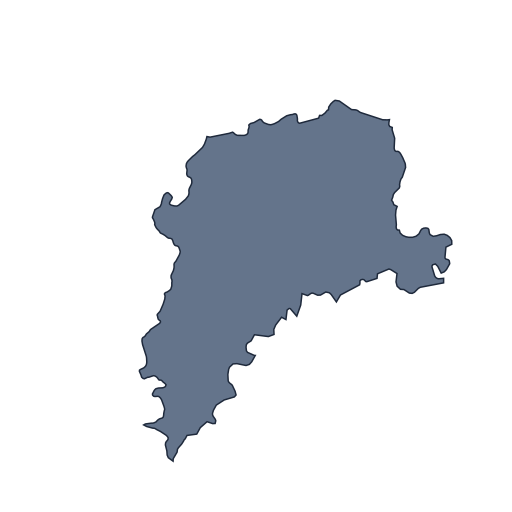 Badajoz, Robinson projection, rotated 147°
{"feature_id": "ESP-5807", "entity_name": "Badajoz", "entity_type": "Autonomous Community", "adm_level": 1, "iso_a3": "ESP", "parent_name": "Spain", "parent_adm1": "", "projection": "robinson", "projection_center": [-5.947, 38.694], "detail": "fine", "context": "isolated", "style": "filled", "palette": "slate", "viewbox_px": 512, "rotation_deg": 147, "n_neighbors": 0, "source": "natural_earth", "source_scale": "10m", "svg_char_len": 5920}
<svg xmlns="http://www.w3.org/2000/svg" viewBox="0 0 512 512"><g transform="rotate(147 256 256)"><path d="M82.2,268.9L81.7,267.6L80.9,267.0L80.0,266.5L79.4,265.4L79.1,264.1L79.1,262.4L79.4,258.6L80.4,252.8L80.8,251.6L82.0,249.4L82.3,248.8L88.4,244.0L90.4,242.4L92.5,241.6L94.8,239.8L96.7,237.7L97.5,236.1L98.8,235.0L105.2,233.7L107.4,232.7L109.1,231.0L110.8,229.7L111.9,229.0L111.8,226.6L112.5,224.0L110.6,220.7L113.6,218.3L116.7,214.3L121.3,205.7L122.7,204.0L123.4,202.3L123.2,200.8L121.7,199.6L122.6,196.8L121.8,193.5L119.8,190.5L117.6,188.4L114.5,186.4L110.9,185.4L107.3,185.8L104.0,187.7L102.3,188.3L100.2,188.0L98.2,187.0L96.8,185.6L96.6,184.2L98.1,180.9L98.4,179.2L96.7,176.0L93.5,174.6L89.7,173.6L86.3,171.8L84.4,169.2L83.3,165.8L83.5,162.3L85.4,159.2L91.9,160.0L98.3,151.9L98.6,151.1L98.4,150.0L96.9,148.3L96.5,147.0L96.7,146.4L97.5,144.5L97.8,144.0L103.7,140.9L106.7,140.2L110.0,140.8L109.2,148.4L109.9,151.6L112.6,152.4L113.8,151.8L114.4,150.8L117.0,141.9L117.0,140.5L116.7,139.4L116.1,138.3L115.2,137.4L110.8,135.1L113.3,131.3L135.3,140.3L137.6,140.4L142.9,139.3L145.4,139.6L147.6,141.4L150.2,147.3L153.0,149.4L154.1,153.8L152.7,158.0L147.3,164.5L150.4,171.2L151.6,172.7L163.8,174.9L166.7,171.3L177.0,174.1L177.7,174.6L177.9,175.1L178.2,176.7L178.4,177.4L179.0,178.0L179.6,178.5L181.1,178.9L182.4,178.5L183.8,176.4L184.8,175.4L206.4,177.3L213.6,173.7L213.9,182.8L214.5,185.2L217.1,187.8L223.2,188.1L225.7,189.6L228.2,193.5L229.2,194.4L230.4,194.7L233.6,194.6L234.4,194.8L237.9,199.4L245.2,190.5L254.6,183.3L255.9,193.1L256.3,193.6L257.1,194.0L259.4,193.7L265.5,186.4L267.9,190.7L277.1,187.4L281.1,184.7L283.6,180.4L289.5,181.7L300.2,190.8L306.3,187.5L310.6,187.6L312.4,186.9L314.0,185.0L315.7,181.6L315.6,179.8L311.6,173.6L310.8,173.0L317.2,169.6L320.6,168.7L324.0,169.6L330.6,176.1L334.0,178.0L338.7,177.2L340.6,175.9L344.1,172.0L347.4,166.3L347.5,164.9L347.3,163.8L346.5,161.6L346.3,160.5L347.2,154.0L348.4,150.3L350.9,149.6L361.1,152.6L370.5,152.6L375.7,149.8L378.2,147.7L379.0,146.3L379.2,144.7L379.1,141.2L379.5,139.7L381.5,137.8L383.6,139.0L387.3,143.7L396.2,142.4L402.7,138.9L411.6,143.1L415.0,141.2L415.7,141.1L416.7,140.8L417.6,140.2L420.7,138.8L425.6,137.4L427.1,136.7L429.0,134.5L435.8,131.1L437.3,129.1L439.4,134.6L438.9,137.5L436.9,141.1L434.9,146.9L433.6,148.5L432.2,149.3L430.8,149.6L429.6,150.2L428.6,151.5L428.7,153.3L429.0,154.7L431.7,160.9L434.1,165.0L434.3,165.7L435.0,166.8L436.6,168.1L440.6,172.6L442.2,175.5L440.4,175.4L439.8,175.2L435.0,172.9L433.9,172.2L432.7,171.7L430.3,171.3L427.9,171.9L426.6,172.0L425.3,171.9L422.9,171.2L421.8,171.3L420.9,172.0L420.0,173.0L419.2,174.1L417.3,176.1L416.3,176.9L415.7,178.0L415.1,179.9L413.5,186.9L413.5,189.2L414.0,191.0L414.9,191.9L417.3,193.2L418.2,194.1L418.5,195.6L418.0,196.7L414.7,198.6L413.5,199.0L412.2,199.2L409.7,198.4L406.3,196.4L405.1,196.0L403.8,195.8L402.7,196.1L401.6,197.0L401.7,198.1L402.0,199.4L402.5,200.6L402.7,201.9L403.0,203.1L403.6,203.9L404.3,204.4L404.8,204.7L404.8,204.8L405.0,206.1L405.0,207.2L405.2,208.5L405.7,209.7L406.3,210.7L407.2,211.5L411.9,212.7L412.8,213.3L416.5,213.8L417.4,214.8L417.9,216.7L417.2,219.1L416.6,222.8L415.9,223.7L414.9,223.8L411.0,223.3L409.7,223.5L408.5,223.8L407.4,224.4L406.4,225.3L405.4,226.5L403.3,230.1L402.6,231.7L399.4,243.4L398.0,246.7L396.7,248.5L395.8,249.0L395.1,249.2L394.1,249.1L392.5,249.3L390.4,250.3L386.7,250.8L384.5,251.8L373.5,252.0L372.0,252.7L371.6,253.7L372.1,254.9L372.4,256.2L371.9,257.9L371.4,259.0L371.2,260.0L370.6,260.8L366.5,261.9L360.2,266.1L355.8,269.7L355.1,270.7L354.5,271.3L354.1,272.0L353.7,272.8L353.7,273.5L353.2,274.3L352.6,274.5L351.8,274.6L350.1,274.2L347.3,274.2L345.5,274.6L343.1,276.6L342.4,277.5L341.2,279.4L340.3,280.4L339.8,281.3L339.4,282.2L339.3,283.3L338.8,284.5L337.7,286.0L333.5,288.6L333.4,288.6L331.4,290.5L330.6,291.5L329.2,293.8L328.2,294.6L325.9,295.3L319.8,298.6L318.0,300.0L317.0,301.2L316.1,304.7L316.0,305.6L316.1,306.4L316.5,307.2L317.8,308.5L318.2,309.2L318.3,310.1L318.3,311.0L317.9,312.8L317.6,313.6L317.3,315.3L317.3,316.1L317.7,316.8L318.3,317.5L319.0,318.1L319.7,318.7L320.1,319.5L320.4,320.3L321.0,322.3L321.3,323.1L321.7,323.9L322.1,324.8L323.5,327.1L323.7,327.8L323.6,329.0L323.7,330.3L324.0,331.5L324.2,332.7L324.3,334.0L324.2,335.2L323.9,337.5L322.9,338.7L322.5,339.9L322.1,342.3L322.0,343.5L322.0,344.5L321.4,345.3L315.5,349.9L309.6,349.6L306.9,351.3L306.0,352.4L303.0,355.1L299.9,357.3L297.5,357.7L296.0,357.5L295.1,356.6L294.3,353.1L294.2,351.9L294.3,350.8L295.1,350.1L296.1,349.4L297.4,348.9L299.5,347.7L300.1,346.8L299.9,345.8L299.3,344.7L297.1,342.4L295.2,341.0L293.4,340.7L284.2,341.9L280.0,343.3L278.8,344.3L277.8,345.4L276.6,347.5L275.9,348.3L274.9,349.1L271.3,351.2L270.0,352.3L269.2,353.5L268.6,354.7L268.2,355.8L268.2,357.0L268.7,358.1L269.4,359.1L269.9,360.3L269.8,361.4L269.4,362.6L267.1,365.5L266.6,366.5L266.5,367.3L266.2,368.3L265.7,369.5L264.1,371.3L262.6,372.2L260.8,372.8L254.9,374.0L252.2,374.2L241.7,376.2L238.3,377.9L234.0,381.1L232.1,382.9L229.8,380.7L211.7,373.5L208.2,372.6L207.7,371.5L207.5,370.4L207.0,369.0L206.0,367.4L200.3,363.6L198.8,363.1L197.4,363.0L196.2,363.3L195.3,364.0L194.7,364.9L194.0,365.9L191.9,367.6L191.2,368.4L190.9,369.4L190.4,369.9L188.4,370.1L185.0,369.0L178.4,368.6L177.6,367.8L177.2,366.7L177.3,365.5L177.0,364.2L176.6,363.1L174.0,359.6L172.1,358.0L170.3,357.4L168.3,356.9L163.8,356.5L160.4,357.0L153.9,356.9L150.1,355.7L148.4,354.8L146.6,354.4L145.4,353.6L145.0,352.7L145.2,351.5L146.2,349.2L146.7,348.2L147.5,347.2L147.9,346.0L147.9,344.8L147.2,343.6L128.4,337.5L126.1,339.3L124.2,338.0L120.3,338.3L116.7,339.4L116.3,339.3L115.6,339.1L113.9,341.3L110.5,342.8L107.0,343.5L104.9,343.5L103.0,341.8L101.7,340.6L96.2,326.9L95.4,326.2L93.1,324.5L92.1,323.5L91.5,322.5L90.7,320.3L90.1,319.3L75.6,301.3L71.7,298.6L69.8,297.7L71.8,295.6L73.1,293.8L73.3,291.8L71.7,289.6L73.1,287.7L75.6,279.2L81.4,271.2L82.2,268.9Z" fill="#64748b" stroke="#1e293b" stroke-width="1.5"/></g></svg>